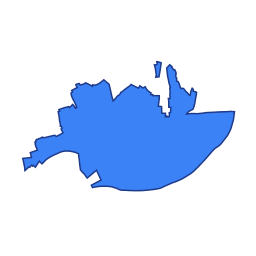 the district of Hung Yen, Hưng Yên, Vietnam, rotated 265°
{"feature_id": "81297802B83594447255", "entity_name": "Hung Yen", "entity_type": "district", "adm_level": 2, "iso_a3": "VNM", "parent_name": "Vietnam", "parent_adm1": "Hưng Yên", "projection": "orthographic", "projection_center": [106.072, 20.66], "detail": "fine", "context": "isolated", "style": "filled", "palette": "blue", "viewbox_px": 256, "rotation_deg": 265, "n_neighbors": 0, "source": "geoboundaries", "source_scale": "gbopen_adm2", "svg_char_len": 5728}
<svg xmlns="http://www.w3.org/2000/svg" viewBox="0 0 256 256"><g transform="rotate(265 128 128)"><path d="M92.8,205.0L95.9,208.2L98.1,210.5L100.1,212.9L100.6,213.7L101.0,214.5L101.5,215.6L102.6,217.4L103.8,219.0L106.7,221.7L109.4,224.2L111.9,226.5L116.0,229.2L119.0,230.7L123.3,232.3L126.6,233.6L129.4,234.3L135.0,235.5L135.2,233.8L135.6,231.8L135.6,229.3L135.7,226.7L136.0,221.7L136.3,212.5L136.5,207.9L136.5,206.3L136.3,205.0L136.3,203.5L136.2,200.8L136.2,198.7L136.3,197.4L136.7,194.5L136.9,191.8L136.9,190.6L136.8,187.6L137.5,188.1L137.8,188.3L138.1,188.6L138.8,189.6L139.4,190.4L139.9,191.5L140.2,192.2L140.6,193.4L140.9,194.2L141.7,194.7L143.6,195.6L145.1,196.1L146.4,196.6L151.9,198.0L154.5,198.8L156.6,199.2L157.2,199.4L157.6,199.4L157.8,199.2L158.9,196.5L159.2,196.3L159.6,196.3L160.5,196.3L160.9,196.3L161.2,196.1L162.0,195.4L160.8,194.7L159.6,194.1L158.1,193.5L156.3,193.1L155.1,192.7L155.5,192.2L155.4,192.1L155.5,191.9L156.2,191.3L157.6,190.4L158.1,190.2L158.4,189.7L158.6,189.5L158.9,189.2L159.2,188.9L159.4,188.8L159.8,188.5L160.8,188.0L161.9,187.2L162.3,186.9L162.5,186.6L162.7,186.3L162.8,185.5L162.8,185.0L162.6,184.4L163.5,183.9L164.5,183.5L166.5,183.1L169.2,182.3L169.9,182.0L170.5,180.5L172.0,180.7L173.4,180.8L174.5,180.2L177.5,180.2L177.8,180.8L179.9,180.4L181.6,179.8L182.0,179.6L181.8,179.2L181.7,178.9L182.9,178.0L184.6,176.9L184.8,176.8L185.1,177.2L187.4,175.2L186.7,174.3L185.3,172.9L184.4,171.8L179.2,171.9L175.9,172.0L175.1,172.1L174.1,172.3L172.0,172.5L169.8,172.7L169.0,172.8L167.6,173.1L165.8,173.5L164.7,173.8L164.2,173.1L162.8,173.1L161.1,173.1L159.7,173.0L158.7,172.8L156.5,172.6L155.0,172.5L153.8,172.5L153.8,171.4L153.9,170.8L150.9,170.9L148.3,170.7L145.2,170.4L144.7,172.4L139.7,171.7L139.6,170.4L136.7,170.3L135.8,170.1L135.8,168.9L135.7,167.7L136.1,167.6L136.3,167.6L136.6,167.6L136.1,166.2L136.6,166.2L137.4,166.3L138.2,166.5L139.4,166.6L139.7,163.5L139.8,163.0L140.3,163.0L146.4,163.3L147.1,160.1L152.2,161.2L154.4,161.7L157.4,162.0L157.9,157.5L158.1,155.9L158.1,155.4L159.2,155.4L159.3,153.5L160.7,153.8L161.0,153.9L161.1,153.6L162.8,151.7L164.0,150.6L165.2,149.8L166.7,149.1L167.6,148.7L166.5,146.4L167.9,144.9L169.0,143.4L166.8,141.9L168.2,139.5L171.1,134.8L169.9,133.6L168.3,130.8L166.9,128.5L166.2,127.5L165.0,125.8L164.5,125.0L164.4,124.8L164.2,124.3L164.2,124.1L163.9,123.8L163.2,123.4L162.2,122.7L162.0,122.4L161.8,122.1L161.5,121.7L161.2,121.0L161.1,120.8L160.9,120.5L160.5,120.0L159.4,118.9L158.4,117.9L156.2,115.6L161.3,114.6L165.9,114.0L171.6,113.2L173.3,112.9L178.1,108.1L177.5,107.2L176.3,105.5L175.4,103.9L174.6,102.6L174.3,101.8L174.1,101.2L173.8,100.3L173.7,99.6L173.6,99.0L173.7,98.0L173.9,97.0L174.1,96.5L173.6,96.3L172.7,96.2L173.9,94.3L175.6,91.7L176.3,90.4L176.7,89.6L176.4,89.2L176.3,88.9L176.0,88.6L175.8,88.3L175.7,88.0L175.5,86.7L175.2,85.1L175.1,84.3L175.1,83.9L175.3,83.7L176.5,83.3L176.6,83.2L176.4,81.9L176.2,80.8L175.7,79.8L174.8,80.0L172.7,81.0L172.2,79.7L171.6,78.2L171.0,76.7L170.3,75.2L168.7,75.9L168.4,75.4L168.1,74.8L167.9,74.5L167.5,74.3L167.0,74.3L165.9,74.4L164.4,74.7L162.5,75.3L161.7,75.6L160.5,76.1L158.7,76.9L156.4,77.7L153.9,78.5L153.0,78.5L152.8,78.6L152.7,78.3L152.4,77.5L152.3,77.3L153.7,76.7L155.7,75.4L156.3,75.0L155.9,74.5L153.4,71.5L154.5,70.8L154.5,70.5L154.2,69.3L154.0,67.5L153.8,66.4L153.5,65.2L153.0,63.2L152.3,60.7L150.8,61.4L150.3,59.8L147.5,60.2L144.3,60.4L143.0,60.4L140.3,60.5L138.9,60.9L135.7,60.8L135.8,61.5L133.6,62.3L133.1,61.6L132.9,61.3L132.4,61.4L132.0,61.5L130.8,62.1L129.5,62.7L129.1,62.7L128.9,62.7L128.7,62.5L127.5,60.0L126.3,57.1L126.0,56.1L125.9,55.8L125.9,55.6L126.6,54.9L127.0,54.6L127.1,54.2L127.1,53.8L126.7,51.1L126.2,47.8L125.8,44.9L125.7,43.3L125.7,42.5L126.1,42.2L126.3,42.1L126.4,41.8L126.2,41.5L125.9,40.7L125.6,40.3L125.3,39.4L125.2,38.8L125.2,38.4L125.2,38.1L125.0,37.9L124.8,37.7L124.7,37.5L124.5,36.7L124.5,35.9L124.2,35.5L123.9,35.3L123.5,35.1L122.0,34.9L122.0,34.1L121.3,34.2L120.2,34.2L119.1,34.3L117.5,34.6L115.9,35.2L113.8,35.8L112.9,32.3L112.0,28.5L108.1,29.2L107.1,29.2L107.0,26.2L106.9,22.7L106.9,20.5L104.9,20.8L102.1,21.1L99.2,21.5L98.1,21.6L96.3,21.6L95.7,21.6L94.6,21.6L95.8,23.3L96.9,24.6L97.9,26.0L97.4,26.6L99.4,28.9L98.3,29.8L98.9,30.5L97.0,32.3L100.2,34.8L102.6,36.7L99.8,39.2L100.9,40.6L101.8,41.6L103.2,43.2L103.9,44.2L104.5,45.2L105.2,46.4L106.5,49.2L107.1,50.7L107.7,52.3L108.8,55.6L109.4,57.2L109.8,58.5L110.1,59.6L110.3,60.7L110.5,62.2L110.5,62.9L110.5,64.1L110.3,65.8L110.0,68.1L109.7,69.1L109.2,70.8L108.7,72.3L108.5,73.2L107.7,74.5L107.1,75.9L106.8,76.4L103.6,76.5L100.5,76.7L96.4,76.7L94.0,76.8L90.4,77.0L88.3,78.5L86.8,79.6L86.3,80.3L86.0,80.5L85.6,80.8L84.6,81.2L83.4,81.9L81.7,83.0L83.5,85.5L84.5,87.0L86.1,89.3L88.1,92.1L88.7,92.9L85.8,94.0L83.6,94.8L80.7,95.8L78.5,96.6L74.2,86.5L71.8,87.4L72.1,90.3L72.3,93.6L72.2,97.7L71.9,100.3L71.8,101.8L71.7,102.5L71.4,104.1L71.0,106.2L70.7,107.1L70.2,108.2L69.1,111.0L68.6,111.9L68.1,112.8L67.6,113.7L67.2,114.4L66.8,115.3L66.6,116.5L66.2,119.9L65.5,124.8L64.9,130.2L64.6,134.2L64.4,138.0L64.4,142.5L64.5,145.4L64.5,146.7L64.5,147.7L64.6,149.0L64.7,150.2L64.8,151.6L64.9,152.8L65.1,154.0L65.5,155.9L66.8,159.4L68.2,163.4L68.3,163.8L69.4,167.0L70.6,171.6L71.6,174.6L72.9,178.1L74.7,181.8L75.1,182.5L77.1,186.5L78.8,189.1L80.1,190.8L83.0,194.3L86.9,198.6L89.7,201.8L92.8,205.0ZM188.6,159.8L185.6,160.4L182.6,160.6L180.8,160.6L180.3,160.7L179.6,160.8L178.9,160.8L178.4,160.8L176.2,160.1L176.3,162.8L176.3,163.4L176.9,163.5L181.8,164.8L185.6,165.7L189.3,166.6L190.1,166.7L190.6,165.6L191.4,163.3L191.6,162.6L191.6,162.4L191.3,162.3L191.1,162.4L190.7,162.6L190.3,162.7L189.7,162.8L189.4,162.8L189.2,162.6L189.0,162.4L188.6,161.8L188.5,161.5L188.6,160.8L188.6,159.8Z" fill="#3b82f6" stroke="#1e3a8a" stroke-width="1.5"/></g></svg>